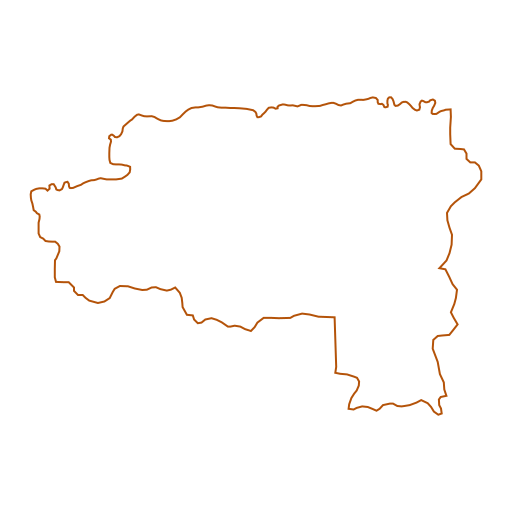 Stolin, Brest, Belarus (Mercator projection)
{"feature_id": "67162791B20391469538668", "entity_name": "Stolin", "entity_type": "district", "adm_level": 2, "iso_a3": "BLR", "parent_name": "Belarus", "parent_adm1": "Brest", "projection": "mercator", "projection_center": [26.983, 51.876], "detail": "fine", "context": "isolated", "style": "outline", "palette": "amber", "viewbox_px": 512, "rotation_deg": 0, "n_neighbors": 0, "source": "geoboundaries", "source_scale": "gbopen_adm2", "svg_char_len": 4791}
<svg xmlns="http://www.w3.org/2000/svg" viewBox="0 0 512 512"><path d="M450.2,279.0L449.3,277.0L445.4,269.3L439.4,268.2L446.5,260.5L449.5,253.2L451.6,244.7L452.0,234.8L449.5,227.7L447.4,220.3L447.0,212.9L450.9,206.2L454.8,202.3L461.5,197.0L468.9,193.5L474.9,188.2L481.3,179.4L481.3,171.3L478.8,165.6L474.9,162.4L470.3,162.4L466.5,158.9L466.5,153.6L464.0,149.4L460.5,149.0L454.8,148.7L450.6,144.1L450.2,134.2L450.2,127.5L450.9,116.9L450.6,109.4L447.6,109.6L445.8,109.7L443.9,110.4L441.3,111.0L439.7,111.7L436.4,113.9L434.6,114.0L432.6,113.9L431.6,113.0L431.8,110.5L432.8,107.9L434.1,105.8L435.3,102.9L434.9,100.7L432.9,99.5L430.2,100.3L429.1,101.6L426.8,102.3L425.3,102.2L423.4,101.1L421.9,100.6L420.7,101.5L419.5,104.2L419.7,105.8L420.0,107.2L419.3,109.7L416.9,110.5L415.0,109.8L412.6,108.0L410.8,105.8L409.3,104.2L407.2,102.4L405.7,101.8L403.4,101.9L401.8,102.5L399.9,104.2L397.8,105.6L395.5,105.9L394.4,104.8L393.5,101.3L392.6,99.1L391.1,97.3L389.3,97.3L387.9,98.6L387.4,100.7L387.4,103.4L387.9,104.9L387.6,106.7L385.6,107.3L384.4,107.1L383.4,104.9L381.9,103.8L380.7,104.1L378.4,103.8L377.7,102.2L377.7,100.0L375.9,98.0L372.8,97.4L370.3,98.0L368.5,98.8L366.5,99.3L363.4,99.9L361.4,99.8L358.0,99.8L355.4,100.5L352.7,101.8L350.3,103.2L346.2,103.7L343.2,104.6L341.0,105.5L338.4,105.0L336.1,103.8L333.6,102.9L331.3,102.9L328.6,103.4L325.6,104.3L322.7,105.0L320.0,105.9L315.2,106.2L312.5,106.2L309.6,106.0L306.6,105.2L303.2,104.9L301.1,104.9L299.8,105.5L297.5,106.4L295.4,105.9L292.7,105.3L290.3,105.5L288.0,105.4L284.8,104.6L282.8,104.4L279.0,105.5L277.6,106.7L277.6,108.3L275.6,108.7L273.5,107.6L271.3,107.4L268.7,107.8L266.9,109.8L265.5,111.7L263.7,113.5L262.4,114.6L261.1,116.4L258.8,117.2L257.4,117.2L256.6,115.6L256.3,113.5L255.4,111.9L253.1,110.2L246.7,108.9L240.0,108.3L234.4,108.0L230.3,108.0L225.9,107.7L221.7,107.7L217.8,107.3L215.4,106.6L212.3,105.5L209.1,105.2L206.2,105.6L202.6,106.7L198.2,107.4L195.5,107.4L191.5,108.0L188.3,109.6L185.7,111.5L182.9,114.2L179.9,117.3L176.2,119.4L172.4,120.7L169.5,121.1L168.3,121.1L166.5,121.1L163.3,120.9L160.9,120.4L158.3,119.2L156.6,118.3L154.5,117.0L151.7,116.2L146.9,116.4L144.1,116.2L141.8,115.5L138.8,114.4L137.0,114.8L134.5,116.8L131.9,119.6L130.4,120.5L128.4,122.2L126.0,124.3L123.5,126.5L122.8,128.4L122.4,131.4L121.1,134.2L119.4,136.2L117.0,137.3L114.9,137.0L114.0,135.9L112.3,134.7L111.2,134.7L109.3,136.2L109.0,138.3L110.8,139.6L111.0,141.6L110.1,144.6L109.5,147.8L109.3,153.2L109.3,157.0L109.5,159.9L110.3,162.9L113.1,164.2L115.9,164.4L119.0,164.4L121.8,164.6L125.0,165.4L126.7,165.5L128.4,166.1L130.1,166.8L130.2,169.3L129.7,172.3L127.4,174.9L125.0,176.6L121.8,178.6L116.1,179.4L112.1,179.4L106.7,179.4L104.5,179.0L100.7,178.2L98.7,178.6L96.4,179.5L94.2,180.1L91.2,180.3L88.8,181.0L85.4,182.3L83.2,183.3L81.0,184.8L77.2,186.1L73.1,187.9L70.9,188.1L69.7,187.9L69.0,186.3L68.8,183.8L67.5,181.8L65.8,182.2L64.5,182.7L63.6,185.1L62.7,187.6L61.9,189.1L59.5,190.4L57.4,190.0L56.3,189.4L55.7,187.4L53.7,184.2L51.6,184.2L49.4,185.5L49.6,188.7L47.5,190.6L45.5,188.7L42.1,188.3L39.5,188.3L36.3,188.9L34.5,189.6L31.3,191.3L30.7,194.3L30.9,197.8L31.3,200.3L32.4,203.6L33.1,207.0L33.7,210.2L35.8,211.7L36.9,213.2L39.3,214.5L39.7,216.5L39.5,218.9L38.6,222.7L38.6,225.9L38.6,230.0L38.6,233.5L40.2,237.1L43.2,238.6L45.5,241.0L48.8,241.5L52.9,241.7L55.2,241.7L57.8,243.8L59.5,246.6L59.3,251.3L56.3,258.5L55.0,260.2L54.8,268.6L54.8,272.9L54.8,277.3L56.0,281.9L63.8,282.2L68.7,282.2L70.3,283.8L74.0,287.5L74.0,290.9L78.0,295.0L82.7,295.0L85.5,297.8L89.2,300.6L97.9,303.0L104.4,301.5L109.7,298.1L112.8,291.9L114.7,288.8L119.9,286.0L128.0,286.3L134.8,288.5L142.3,290.0L146.9,289.7L151.6,287.5L155.9,287.2L160.3,289.1L166.8,290.6L170.8,289.7L175.2,287.5L179.8,292.8L181.7,297.8L182.3,303.0L182.6,307.1L186.9,314.8L192.8,315.4L194.1,319.5L197.8,323.2L201.5,322.6L205.3,319.5L211.5,318.2L216.7,319.8L221.7,322.3L227.9,326.6L230.4,326.6L234.7,325.7L240.3,326.6L245.0,329.1L250.9,331.0L254.6,327.2L257.4,322.6L263.6,317.9L272.0,317.9L278.8,318.2L290.3,317.9L294.0,315.8L302.1,313.6L309.5,314.5L318.5,316.7L334.6,317.3L336.2,366.9L335.3,372.8L340.2,373.8L347.0,374.4L353.9,376.6L357.0,377.8L359.1,381.5L358.8,385.6L356.7,390.5L354.2,393.6L351.4,398.0L349.2,404.2L348.6,408.8L353.6,409.5L356.7,407.9L362.2,406.4L367.8,407.0L372.2,408.8L376.5,410.7L379.6,408.8L383.0,405.1L389.9,403.6L393.0,403.6L397.3,406.0L401.6,406.4L404.4,406.0L409.7,405.1L416.5,402.6L421.2,400.1L427.7,403.2L431.1,407.0L433.9,411.6L438.3,414.7L441.7,413.5L441.0,408.5L439.2,405.1L438.9,399.5L440.7,397.0L446.4,395.8L444.3,389.5L443.8,382.4L439.9,374.1L437.7,361.9L432.7,348.7L433.3,339.9L437.7,336.0L442.1,335.5L449.3,334.9L453.7,329.4L457.6,324.4L453.7,317.8L450.9,312.3L454.3,304.0L455.9,298.0L457.0,289.7L452.6,284.2L450.2,279.0Z" fill="none" stroke="#b45309" stroke-width="2"/></svg>